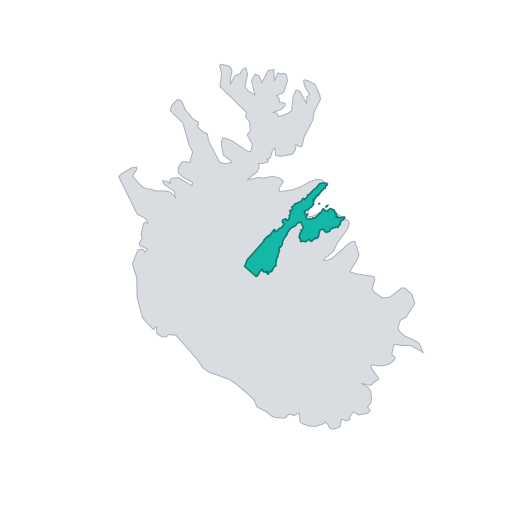 location of Sveitarfélagið Skagafjörðu, Norðurland vestra, Iceland, rotated 67°
{"feature_id": "244011B28940040244957", "entity_name": "Sveitarfélagið Skagafjörðu", "entity_type": "district", "adm_level": 2, "iso_a3": "ISL", "parent_name": "Iceland", "parent_adm1": "Norðurland vestra", "projection": "mercator", "projection_center": [-19.345, 65.497], "detail": "fine", "context": "in_parent", "style": "filled", "palette": "teal", "viewbox_px": 512, "rotation_deg": 67, "n_neighbors": 0, "source": "geoboundaries", "source_scale": "gbopen_adm2", "svg_char_len": 9693}
<svg xmlns="http://www.w3.org/2000/svg" viewBox="0 0 512 512"><g transform="rotate(67 256 256)"><path d="M377.1,153.1L381.0,153.5L387.6,150.5L397.0,141.8L401.0,139.9L410.1,139.9L399.0,148.3L394.9,157.5L391.9,162.0L391.9,164.0L399.7,169.6L403.4,167.7L405.0,168.4L406.5,171.1L407.5,176.2L406.8,181.6L404.6,187.0L401.6,191.5L402.0,192.9L404.4,193.6L417.2,190.9L418.6,197.5L419.7,199.7L419.4,201.9L414.3,208.9L420.3,204.5L425.0,203.2L433.1,205.5L436.4,208.0L438.3,212.4L442.3,211.1L444.1,213.6L444.2,216.3L442.4,223.7L437.6,227.4L440.5,232.7L442.9,232.8L443.3,234.0L443.1,237.2L439.4,240.9L445.4,245.0L446.2,246.5L445.8,251.2L444.8,253.9L443.0,255.5L438.6,255.7L435.9,257.4L436.8,260.3L436.0,268.2L432.5,274.6L429.3,278.0L426.1,280.2L417.4,277.7L417.7,283.3L414.6,286.7L415.2,289.5L416.3,291.0L415.8,294.6L411.8,302.1L408.9,304.5L403.3,307.4L395.2,314.1L387.1,314.1L367.0,323.7L359.0,328.9L344.8,344.4L338.8,348.5L328.6,350.4L297.9,360.5L294.4,366.5L294.2,367.8L295.6,370.1L293.3,374.4L288.7,377.5L286.5,377.4L282.7,374.9L282.2,376.1L283.7,379.3L268.7,384.5L247.9,381.7L229.5,374.3L214.8,372.8L204.5,362.5L204.3,360.9L205.4,357.7L209.1,356.4L207.3,353.2L201.1,358.7L199.1,358.6L196.4,356.3L196.3,354.2L191.1,353.3L182.1,346.7L181.5,345.2L183.6,343.0L183.2,342.6L178.3,342.9L171.3,349.0L129.3,351.4L127.9,348.2L126.2,336.3L127.6,331.2L129.4,331.6L134.3,338.5L145.5,334.7L150.1,332.1L154.3,325.5L156.7,323.4L160.2,315.0L163.6,309.9L170.8,307.4L164.4,305.9L153.8,312.7L150.2,312.7L151.9,309.7L155.5,306.4L153.0,306.2L152.0,304.7L151.9,301.6L153.8,296.5L166.3,287.4L163.4,285.7L154.7,292.6L148.4,295.0L143.2,291.9L140.7,287.6L140.9,285.7L143.9,280.3L143.4,279.2L141.4,278.7L135.8,273.7L127.0,274.2L105.1,271.3L88.7,278.2L84.7,275.0L81.5,268.1L82.1,265.4L85.0,263.8L93.1,264.0L104.9,260.7L110.3,256.7L112.4,257.7L113.4,259.7L120.7,256.6L124.6,253.0L131.2,254.7L155.8,252.8L159.0,248.1L160.3,242.5L159.7,241.3L150.7,246.5L148.6,246.4L138.1,243.7L134.3,240.6L135.6,238.1L141.1,232.7L155.3,223.6L157.3,221.8L157.5,219.6L151.9,215.8L141.2,216.8L138.5,212.2L129.6,209.5L123.7,211.2L120.6,208.5L85.9,223.0L74.6,216.3L66.5,215.2L65.8,213.1L70.5,206.7L73.7,205.5L76.9,206.1L83.1,210.6L87.4,212.0L82.0,205.4L81.8,199.1L80.1,197.5L78.5,193.3L79.1,191.9L85.5,192.8L95.8,200.1L100.8,198.8L107.3,194.1L92.7,191.5L88.2,185.7L91.4,182.7L98.9,183.1L90.5,173.1L90.1,171.3L91.5,166.8L102.1,170.7L96.5,164.8L96.4,163.5L98.0,162.4L98.8,158.7L101.4,157.2L106.8,158.5L115.0,165.4L116.2,167.3L116.6,174.3L119.8,173.2L123.6,174.2L126.9,169.5L129.1,170.6L130.8,174.8L130.6,184.1L132.8,180.9L136.7,180.6L137.3,173.0L136.5,166.8L124.0,159.7L119.0,154.5L119.6,152.7L122.0,151.2L135.2,149.9L129.5,146.8L128.1,143.7L118.2,144.9L113.1,143.6L113.0,142.0L115.0,139.6L121.1,134.7L132.6,134.3L137.2,135.6L146.1,146.3L153.2,150.7L165.1,165.1L172.7,170.6L173.1,172.0L171.8,173.7L168.9,175.6L173.4,178.0L176.1,181.8L176.3,183.4L173.8,194.8L171.0,198.5L164.0,196.4L165.6,200.0L170.7,203.8L171.8,206.0L171.0,208.1L173.4,207.4L174.2,208.6L173.1,215.1L171.8,217.4L176.0,218.7L178.9,221.9L182.4,234.7L184.3,224.9L185.3,221.2L187.0,219.9L189.0,209.7L193.7,203.7L198.1,201.5L202.7,208.5L205.9,209.2L209.3,196.7L209.8,187.5L208.7,177.3L209.3,170.0L211.6,165.6L214.5,164.2L220.8,168.6L226.1,178.8L234.0,189.8L239.5,192.6L240.5,192.2L241.5,188.6L240.7,174.1L243.3,166.3L249.8,164.4L259.7,157.2L262.0,157.0L266.8,161.1L275.6,175.8L281.8,182.7L285.0,193.4L286.5,195.5L287.8,192.1L288.0,187.3L280.5,164.8L280.4,161.7L281.1,159.3L294.7,160.5L297.7,163.0L307.1,175.9L311.7,170.6L321.0,155.4L324.1,155.8L331.9,162.0L335.1,161.5L344.2,156.0L346.2,148.8L342.3,134.2L343.9,131.2L352.4,127.5L361.6,128.3L371.1,141.9L371.5,148.2L377.1,153.1Z" fill="#d9dde1" stroke="#a8b0b8" stroke-width="1"/><path d="M262.0,181.7L261.6,181.1L262.0,180.0L262.0,178.4L260.4,177.0L260.4,176.6L260.0,175.5L260.0,175.2L260.5,175.0L260.3,174.6L260.3,173.9L260.9,171.9L260.5,170.8L260.8,170.4L261.8,169.6L261.6,169.0L259.9,167.6L260.2,166.9L259.7,166.1L259.0,166.0L258.8,165.6L258.5,165.5L258.5,165.1L257.5,164.8L257.4,164.5L257.5,164.3L256.9,163.9L256.9,163.6L256.5,163.1L256.6,162.5L256.4,161.9L256.9,161.3L256.1,160.7L255.1,159.1L254.6,159.4L254.4,160.0L254.2,160.8L254.0,161.5L253.9,162.1L253.6,162.9L253.8,163.4L253.4,163.9L253.5,164.4L252.6,165.2L251.8,165.3L251.7,165.5L252.1,166.2L251.7,166.8L250.7,166.9L250.2,166.3L250.1,165.8L249.2,165.6L247.6,166.3L247.3,166.0L247.2,166.2L246.4,166.4L245.3,166.2L244.7,166.6L244.2,166.1L243.1,167.5L241.9,168.2L241.4,168.7L241.3,169.3L241.5,170.3L242.3,171.8L242.5,173.3L241.9,174.6L240.3,175.2L239.3,175.1L238.8,175.7L238.9,175.8L238.9,176.4L239.1,176.8L240.1,177.5L240.8,178.5L241.1,179.3L241.3,179.4L241.3,179.7L241.5,179.9L241.4,180.3L241.7,180.7L241.5,181.1L242.7,182.1L242.9,184.2L243.9,186.6L244.0,187.4L243.1,188.7L243.6,189.9L243.6,191.2L242.7,192.2L242.8,192.5L242.7,193.6L242.2,194.2L240.2,195.2L239.8,195.1L239.6,194.7L239.1,194.3L238.7,193.8L238.6,193.3L237.7,192.3L237.3,193.2L237.4,194.1L237.1,194.3L236.1,194.6L235.1,194.6L234.0,194.0L234.0,193.8L234.1,193.6L234.3,193.7L234.2,193.6L234.4,193.5L233.5,192.9L233.4,192.5L233.4,191.7L233.6,191.5L233.5,191.0L233.6,189.2L233.1,188.7L233.0,188.2L232.9,187.9L232.8,187.2L232.6,186.8L232.7,186.3L232.4,186.1L232.3,185.3L232.0,184.8L232.0,184.6L231.1,183.4L230.9,182.6L230.4,182.9L229.7,182.5L228.6,181.8L227.7,181.0L227.3,181.6L226.5,181.5L226.3,180.4L226.4,179.7L225.8,178.3L225.4,178.2L225.1,177.7L224.5,177.5L224.5,176.8L224.0,176.1L224.1,175.5L224.6,175.6L224.6,175.1L224.3,175.0L224.0,174.3L223.9,174.3L223.7,173.7L223.7,173.3L223.4,172.9L223.0,172.7L222.9,172.3L222.7,172.2L222.2,171.5L222.0,170.5L221.5,170.3L221.6,169.8L221.2,169.3L221.3,169.1L221.4,168.8L221.3,168.6L220.8,167.7L220.5,167.5L220.5,167.0L220.2,166.3L220.6,165.8L219.5,165.4L219.0,164.5L218.9,164.5L218.8,164.2L218.4,163.8L218.6,163.0L218.4,162.5L218.1,162.6L218.1,162.9L217.8,163.1L216.9,162.8L216.8,162.4L216.4,163.1L215.1,165.3L214.3,168.9L215.4,171.5L216.9,174.2L217.1,175.2L217.2,176.1L217.3,176.8L218.5,179.2L218.9,180.7L219.2,181.2L220.1,181.8L219.9,184.3L220.4,184.2L220.5,184.7L220.8,185.3L221.7,186.1L223.2,189.0L221.8,189.4L221.6,189.6L221.5,190.7L223.5,193.6L223.4,194.1L223.6,195.3L223.1,196.0L223.7,197.6L223.2,198.3L223.4,199.4L223.2,200.2L223.3,200.4L223.9,200.4L224.4,201.1L224.7,202.5L224.7,203.6L225.1,203.5L225.4,204.0L226.4,203.7L227.7,205.1L227.9,205.9L227.4,206.5L227.5,206.9L227.5,207.3L229.6,207.3L231.0,208.5L231.5,209.4L231.8,209.2L232.5,209.8L233.5,210.2L233.9,210.7L234.9,210.8L234.7,211.7L235.6,212.7L235.7,213.0L235.6,213.3L235.2,213.7L234.1,214.0L233.7,213.9L233.4,214.2L233.2,214.6L233.4,215.1L233.2,217.3L234.8,218.5L236.1,217.8L236.5,218.1L237.5,218.0L238.7,219.1L239.2,220.7L239.8,221.7L239.9,222.7L239.7,223.6L240.2,224.9L240.6,225.0L241.3,228.7L240.6,229.1L238.9,228.4L238.8,228.9L239.0,229.1L238.9,229.4L239.5,230.3L239.8,231.1L240.7,232.2L240.7,232.5L241.4,233.6L242.4,234.8L242.4,235.2L242.2,235.3L242.4,235.7L242.1,236.0L242.6,236.5L242.6,236.8L242.9,237.3L242.8,237.5L242.8,237.9L242.5,237.9L242.6,238.1L243.0,238.8L242.8,239.0L243.4,239.9L243.5,240.3L243.7,240.7L243.7,241.1L244.1,241.4L244.3,241.8L244.2,242.2L244.3,242.4L244.9,242.8L245.3,242.8L255.0,263.3L255.1,264.1L255.7,264.7L255.8,265.3L261.1,270.5L274.7,264.0L274.7,263.6L275.0,263.6L275.1,263.1L274.8,262.6L274.0,262.1L274.0,260.8L273.6,260.4L272.9,260.2L272.6,259.5L271.7,258.6L271.6,258.1L270.9,257.3L271.1,256.9L270.7,256.2L270.6,255.5L270.8,255.1L271.2,255.3L271.4,255.7L272.3,255.9L273.2,255.4L273.2,255.2L273.9,254.7L274.6,253.6L274.4,253.2L274.2,252.2L274.8,251.6L275.3,252.5L275.9,252.3L276.6,252.6L277.2,252.4L277.5,251.9L277.4,251.4L277.0,251.3L276.3,250.3L276.2,249.6L276.2,249.3L275.8,248.5L276.1,248.3L275.8,248.0L276.0,247.8L275.9,247.7L276.0,247.0L275.6,246.9L275.6,246.5L275.2,246.3L275.1,246.0L274.8,245.9L274.7,245.5L273.6,244.4L273.1,243.4L273.0,242.0L272.5,241.2L270.8,240.8L268.7,239.2L268.4,239.6L266.4,237.8L265.8,237.6L265.7,236.9L265.0,236.0L263.4,235.2L261.4,233.4L260.5,232.3L260.3,232.2L258.9,232.4L257.6,231.5L256.7,230.2L256.8,230.0L257.4,229.8L256.8,229.0L256.0,227.6L255.0,226.8L254.7,226.8L254.4,226.4L253.1,226.1L252.3,225.3L252.2,224.9L252.0,224.4L250.9,223.3L250.0,222.1L249.9,221.9L249.9,221.5L249.8,221.1L248.8,220.3L248.6,220.0L248.5,219.4L247.8,218.5L246.6,217.7L246.2,217.2L245.8,216.1L245.4,215.6L245.2,214.9L244.3,214.3L243.8,211.4L243.5,210.7L243.5,210.3L243.9,209.8L243.7,209.1L243.8,208.8L243.5,208.4L243.1,206.7L242.4,206.2L241.7,204.7L241.9,204.0L242.1,203.8L242.1,203.5L242.3,203.1L242.2,202.7L242.4,201.8L242.3,201.3L244.1,201.5L248.3,201.3L248.8,201.7L250.1,203.5L250.1,203.8L249.8,204.5L251.2,204.7L251.5,205.5L252.6,206.8L252.8,207.3L253.4,207.4L254.7,208.3L255.1,208.9L255.4,209.0L256.2,208.5L257.1,209.0L257.9,208.5L259.5,209.3L260.3,209.2L260.5,208.3L260.3,207.8L260.7,207.4L260.6,206.8L262.1,205.2L261.9,204.8L262.2,204.3L262.2,203.6L261.9,203.0L261.4,201.0L262.3,200.3L263.4,200.1L263.6,199.6L264.1,199.6L264.2,199.3L264.3,199.0L263.8,198.2L263.4,197.2L263.3,196.7L263.4,196.1L262.6,195.2L263.0,194.4L262.7,194.1L263.7,193.2L263.7,192.8L263.2,192.1L262.8,191.8L262.8,191.7L262.9,191.2L262.4,190.8L262.3,190.5L261.5,190.4L260.7,189.7L260.3,189.7L259.3,188.5L258.4,188.4L257.9,187.4L257.2,186.9L257.1,186.4L257.3,185.9L257.3,185.1L257.4,184.5L258.1,183.1L258.8,182.9L259.6,183.4L260.6,183.1L260.9,182.9L261.1,182.4L262.0,181.7ZM238.4,173.1L238.2,172.7L238.3,172.5L238.1,171.9L238.3,171.3L237.8,170.8L237.6,170.2L237.4,170.1L237.4,170.7L237.8,171.5L237.8,172.4L238.4,173.1ZM232.8,177.2L232.5,177.1L232.5,177.4L232.3,177.3L232.5,177.4L232.4,177.6L232.7,177.7L232.7,177.4L232.8,177.2Z" fill="#14b8a6" stroke="#0f766e" stroke-width="1.5"/></g></svg>